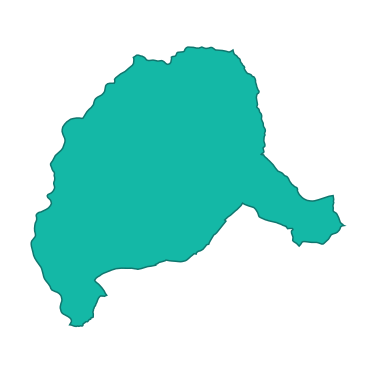 Guateque, Boyacá, Colombia, rotated 96°
{"feature_id": "7082276B31731759367156", "entity_name": "Guateque", "entity_type": "district", "adm_level": 2, "iso_a3": "COL", "parent_name": "Colombia", "parent_adm1": "Boyacá", "projection": "mercator", "projection_center": [-73.483, 5.023], "detail": "fine", "context": "isolated", "style": "filled", "palette": "teal", "viewbox_px": 384, "rotation_deg": 96, "n_neighbors": 0, "source": "geoboundaries", "source_scale": "gbopen_adm2", "svg_char_len": 5967}
<svg xmlns="http://www.w3.org/2000/svg" viewBox="0 0 384 384"><g transform="rotate(96 192 192)"><path d="M234.6,79.8L232.8,78.5L230.4,77.3L229.9,76.7L229.6,75.5L229.5,74.0L229.6,67.8L229.1,62.7L229.3,61.2L230.2,57.5L230.0,56.2L229.3,55.4L224.6,51.3L220.4,49.3L219.8,48.8L218.9,47.3L217.8,44.7L216.7,43.2L214.4,41.5L213.2,41.0L211.4,40.6L210.9,40.3L209.9,39.0L209.5,37.4L209.3,38.0L208.4,38.8L207.9,39.9L207.2,40.8L206.4,41.5L202.3,43.4L198.8,45.6L198.0,46.4L196.7,49.0L196.2,49.5L195.4,49.8L193.1,49.8L191.5,50.3L190.5,50.4L187.8,49.9L186.6,50.4L184.5,50.3L180.8,51.3L181.9,55.2L186.5,65.4L188.0,69.3L188.4,71.2L188.5,73.5L188.4,75.1L188.3,76.7L187.4,79.3L186.7,80.8L185.8,82.2L183.4,85.0L180.8,86.8L179.9,87.2L179.2,87.4L178.4,87.3L177.3,87.7L176.7,88.3L176.5,88.8L176.0,90.4L174.7,92.2L173.8,93.7L173.1,94.1L172.6,94.7L171.2,95.9L168.4,97.6L167.3,98.6L166.7,99.3L166.2,101.2L166.0,101.7L164.3,103.6L163.5,104.8L162.8,106.9L162.2,108.8L161.5,109.5L159.3,111.7L156.4,114.2L152.8,118.5L151.8,120.0L151.4,120.3L149.0,123.7L147.6,124.7L147.6,126.2L147.3,127.1L146.1,126.1L145.8,125.4L145.2,124.9L144.4,124.7L141.0,125.9L140.5,125.8L139.1,124.5L138.6,124.3L137.0,124.5L134.5,125.6L133.7,125.9L130.3,126.0L129.0,125.9L128.3,125.5L127.8,125.4L127.0,125.6L126.4,126.0L125.5,125.9L124.1,125.5L123.1,125.5L122.1,125.8L121.2,126.3L119.5,127.6L118.8,127.9L116.1,128.4L113.8,129.8L112.2,130.6L109.1,130.6L107.9,131.0L106.9,131.5L105.5,133.0L103.4,133.8L102.6,134.2L101.0,136.3L100.3,136.5L98.1,136.0L93.3,137.4L91.2,137.9L88.5,137.7L87.8,137.4L87.2,137.0L86.8,136.3L86.2,136.0L85.4,135.8L84.6,136.0L83.6,137.0L80.5,138.6L78.8,139.1L76.1,140.3L74.2,140.5L72.6,141.2L71.2,142.3L70.9,142.8L70.9,143.7L70.7,144.1L69.4,145.3L69.1,145.8L68.4,148.1L68.4,148.9L68.1,149.4L67.1,150.5L65.9,151.5L63.8,153.0L63.3,153.0L62.8,152.7L62.2,152.9L61.4,153.6L60.4,155.0L59.3,155.6L58.1,156.9L57.4,157.3L55.2,158.1L54.5,158.7L53.5,160.4L52.4,161.3L51.8,162.0L50.9,163.8L50.5,164.3L49.0,165.2L46.5,166.1L47.8,167.6L49.0,169.7L48.4,173.2L48.1,176.6L48.3,183.5L47.0,185.6L46.2,187.4L46.3,188.6L47.2,190.6L47.8,193.1L47.6,194.7L46.8,197.4L48.2,200.2L48.4,202.6L48.0,205.6L48.3,211.3L49.1,212.7L50.8,213.9L52.3,214.2L52.9,214.6L53.5,215.5L54.6,220.8L55.4,221.6L57.0,222.0L58.2,222.5L58.8,223.3L59.4,225.7L60.1,226.6L61.5,226.3L65.1,226.6L66.7,227.5L67.4,228.9L67.6,230.1L66.9,231.5L65.4,233.4L64.7,234.9L64.5,236.0L65.4,239.6L65.0,242.6L64.9,244.6L65.8,248.7L65.7,249.8L65.4,251.1L64.0,252.3L63.1,253.4L62.1,255.9L62.1,257.2L61.7,258.6L61.5,260.0L61.8,261.5L63.1,262.8L64.3,264.4L65.3,263.9L66.6,263.6L70.2,263.6L72.2,264.5L75.6,267.9L79.2,271.2L82.0,275.3L86.4,279.8L88.0,280.8L89.6,280.4L90.6,280.3L91.9,280.7L92.1,281.9L92.5,285.2L93.2,287.2L94.5,288.5L95.6,289.0L101.0,289.4L103.0,290.4L105.0,292.0L107.6,295.9L109.3,297.6L110.9,298.4L113.2,298.9L115.3,299.1L118.5,301.0L120.6,303.0L123.2,304.9L126.1,306.3L128.7,307.5L130.1,308.3L130.3,309.4L130.2,311.8L130.5,314.6L131.4,317.9L132.3,320.3L135.4,323.9L138.0,325.8L140.9,327.3L143.4,327.6L145.4,327.5L148.3,326.3L151.8,324.3L153.4,323.7L155.7,323.6L161.8,325.1L164.2,326.5L170.0,331.7L175.6,333.9L177.4,335.0L178.8,335.6L180.1,335.4L182.3,334.2L184.3,333.3L185.9,332.1L186.7,331.1L188.0,330.7L190.2,330.8L191.5,330.2L193.0,329.9L195.0,329.9L196.6,330.4L198.2,330.4L201.5,329.1L203.1,329.2L205.2,330.0L206.7,331.0L207.9,332.2L209.6,335.0L211.0,335.6L212.5,334.9L214.7,332.0L216.4,331.1L218.3,330.6L220.4,331.4L222.8,333.0L224.6,335.2L227.7,340.2L228.2,341.9L229.4,343.5L230.8,344.4L231.9,344.5L233.5,343.9L235.5,343.6L237.4,343.9L239.2,344.6L241.4,344.8L244.5,344.8L247.2,344.4L249.6,343.5L251.5,343.1L252.8,343.3L257.6,346.3L259.4,346.6L261.1,346.4L262.8,346.0L268.2,344.0L271.5,342.9L274.2,341.4L276.7,339.5L282.5,334.4L284.0,333.5L288.4,331.8L291.8,330.6L293.7,329.6L295.5,328.1L298.3,325.3L300.8,323.2L302.6,322.4L304.1,321.1L305.3,317.7L305.8,315.6L306.8,313.6L308.3,311.9L309.5,311.1L312.6,310.1L314.2,310.1L316.8,310.7L319.5,311.0L321.2,310.9L324.6,309.6L325.8,308.7L326.8,307.2L328.9,302.1L330.1,300.1L331.0,299.2L331.9,298.6L333.8,298.4L336.9,299.8L336.9,298.2L337.7,295.2L337.8,293.2L337.2,291.6L337.4,290.5L336.7,288.7L336.8,287.4L336.6,287.0L336.3,286.7L335.8,286.5L335.1,286.6L334.4,286.4L333.0,284.7L332.4,284.4L332.1,284.0L332.0,282.7L331.8,282.3L330.9,281.6L329.8,281.0L329.4,280.7L329.3,280.0L329.1,279.6L328.8,279.4L327.5,279.1L327.2,277.7L326.9,277.3L326.4,277.2L323.7,277.4L322.6,277.7L321.7,278.1L320.3,277.7L319.2,277.8L317.9,277.3L317.0,277.2L316.3,277.0L315.2,276.2L313.3,275.8L311.9,275.2L309.4,274.6L307.5,274.0L305.7,272.9L305.0,272.1L304.8,271.5L305.0,270.5L304.8,270.2L304.7,269.7L304.9,268.3L303.6,266.0L301.9,267.6L299.6,269.0L296.6,271.7L293.5,275.2L292.3,277.1L291.2,278.6L290.0,279.6L289.8,279.6L287.6,278.3L286.0,276.6L285.0,275.1L283.4,273.4L282.2,271.7L278.0,263.8L276.2,259.6L275.1,254.2L274.6,248.1L274.1,244.1L274.3,240.9L274.3,239.6L274.5,237.7L274.2,236.9L273.5,234.6L270.8,228.3L270.0,224.9L268.6,220.4L267.9,220.7L266.9,218.9L265.5,217.4L264.0,213.5L263.1,211.4L262.4,210.8L262.7,207.4L262.7,204.8L262.6,201.4L262.6,198.0L262.5,195.9L262.2,194.6L261.2,191.7L260.6,190.7L259.8,189.7L257.2,187.3L256.4,186.7L254.7,184.9L253.2,183.6L253.2,181.3L252.3,181.3L251.5,180.9L250.2,179.4L249.8,178.0L249.1,176.8L247.8,175.1L244.6,172.9L243.1,172.1L242.7,171.4L242.2,169.9L240.5,169.5L238.3,168.6L232.7,166.0L232.0,165.4L231.4,164.5L229.9,163.2L217.4,155.2L216.4,156.6L212.9,153.5L211.0,151.2L205.9,146.6L204.9,145.5L200.3,141.8L197.8,140.6L198.8,138.3L199.9,134.2L200.9,129.1L201.4,128.3L202.6,126.9L205.1,124.9L206.7,124.0L208.2,123.4L209.5,122.7L210.2,121.4L211.9,116.2L212.2,114.4L212.5,113.2L213.6,104.6L214.1,103.1L214.8,100.1L215.8,97.6L215.9,96.1L216.5,95.6L216.4,94.7L217.7,93.8L218.5,93.0L218.1,91.7L217.8,88.4L218.5,87.7L218.8,87.7L219.1,87.8L220.2,88.9L220.9,89.0L222.5,88.7L226.2,86.9L226.9,86.8L229.6,86.8L230.5,86.0L232.3,82.5L234.6,79.8Z" fill="#14b8a6" stroke="#0f766e" stroke-width="1.5"/></g></svg>